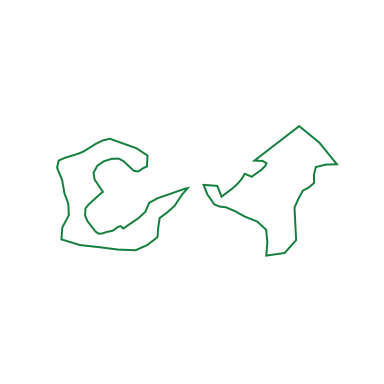 an SVG outline of Lankaran, rotated 234°
{"feature_id": "AZE-1707", "entity_name": "Lankaran", "entity_type": "District", "adm_level": 1, "iso_a3": "AZE", "parent_name": "Azerbaijan", "parent_adm1": "", "projection": "natural_earth1", "projection_center": [48.931, 38.926], "detail": "fine", "context": "isolated", "style": "outline", "palette": "green", "viewbox_px": 384, "rotation_deg": 234, "n_neighbors": 0, "source": "natural_earth", "source_scale": "10m", "svg_char_len": 1371}
<svg xmlns="http://www.w3.org/2000/svg" viewBox="0 0 384 384"><g transform="rotate(234 192 192)"><path d="M190.9,205.6L182.1,216.0L170.9,213.2L171.1,227.0L171.8,233.3L173.2,239.4L175.7,245.4L169.2,249.3L169.2,255.1L169.2,261.3L170.0,266.5L171.6,269.2L175.7,267.3L180.7,261.0L182.3,317.4L157.3,324.0L129.3,325.5L135.6,316.2L139.4,306.8L134.0,300.5L127.6,296.2L127.0,289.6L127.9,282.4L123.9,274.0L119.2,265.8L105.6,256.9L91.9,248.0L88.2,231.1L96.9,214.7L107.0,223.4L117.9,229.8L129.8,227.4L141.0,220.3L150.9,215.7L160.0,210.2L164.1,205.7L168.8,202.8L181.0,203.0L190.9,205.6ZM295.8,102.6L294.3,109.5L290.0,122.0L288.5,128.0L287.6,141.7L286.2,150.0L283.3,156.9L260.0,172.8L247.7,177.4L239.1,170.6L240.1,166.0L240.0,162.9L240.4,160.3L243.3,157.4L257.3,154.7L262.1,152.3L266.1,146.4L268.7,138.6L268.9,130.9L265.4,123.6L259.2,120.5L244.4,120.0L244.4,116.6L242.6,100.7L241.4,96.2L235.9,91.7L230.0,90.3L216.7,90.7L213.1,92.0L211.2,95.1L210.0,99.0L207.5,104.6L207.2,106.6L207.3,110.8L206.7,113.8L205.2,114.6L203.7,114.6L202.9,115.0L202.3,133.1L203.4,142.6L208.4,151.0L207.2,160.4L198.8,188.2L197.7,190.8L195.8,182.5L191.1,170.0L190.0,159.6L190.0,150.6L183.0,143.7L175.7,137.5L175.4,124.7L178.0,112.2L188.8,98.4L200.9,85.6L214.9,70.2L230.4,58.5L239.5,66.2L245.6,78.7L255.2,85.0L266.1,88.1L278.1,94.0L290.9,97.1L295.8,102.6Z" fill="none" stroke="#15803d" stroke-width="2"/></g></svg>